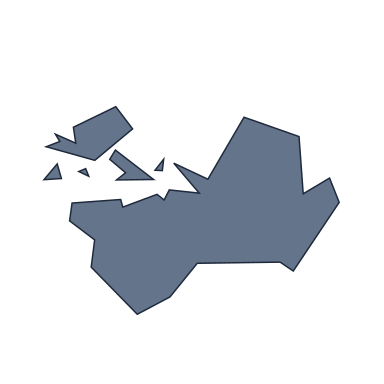 the Prefecture of Kumamoto, rotated 59°
{"feature_id": "JPN-1830", "entity_name": "Kumamoto", "entity_type": "Prefecture", "adm_level": 1, "iso_a3": "JPN", "parent_name": "Japan", "parent_adm1": "", "projection": "equal_earth", "projection_center": [130.522, 32.636], "detail": "coarse", "context": "isolated", "style": "filled", "palette": "slate", "viewbox_px": 384, "rotation_deg": 59, "n_neighbors": 0, "source": "natural_earth", "source_scale": "10m", "svg_char_len": 763}
<svg xmlns="http://www.w3.org/2000/svg" viewBox="0 0 384 384"><g transform="rotate(59 192 192)"><path d="M139.7,300.5L161.7,257.0L169.3,259.1L176.0,223.2L184.5,220.0L178.5,210.4L196.7,186.4L157.9,192.8L189.2,171.8L154.7,108.9L199.6,71.7L250.8,97.6L250.9,66.9L276.7,71.2L311.9,145.9L297.5,152.6L255.8,224.2L270.6,264.9L268.6,301.9L204.5,317.1L182.9,300.1L153.7,311.8L139.7,300.5ZM107.3,210.4L114.8,259.0L78.1,293.7L80.6,279.3L72.1,279.3L90.3,266.5L75.4,260.3L79.6,213.4L107.3,210.4ZM116.6,236.1L161.5,218.5L142.8,250.5L141.3,239.0L121.6,245.7L116.6,236.1ZM98.5,293.1L113.2,297.0L105.2,312.5L98.5,293.1ZM149.3,199.4L158.4,206.4L154.3,212.5L149.3,199.4ZM117.2,271.1L125.3,272.4L116.1,278.5L117.2,271.1Z" fill="#64748b" stroke="#1e293b" stroke-width="1.5"/></g></svg>